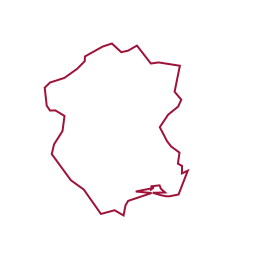 Lushnjë, Fier, Albania, rotated 236°
{"feature_id": "67620474B73435711419495", "entity_name": "Lushnjë", "entity_type": "district", "adm_level": 2, "iso_a3": "ALB", "parent_name": "Albania", "parent_adm1": "Fier", "projection": "mercator", "projection_center": [19.57, 40.906], "detail": "fine", "context": "isolated", "style": "outline", "palette": "rose", "viewbox_px": 256, "rotation_deg": 236, "n_neighbors": 0, "source": "geoboundaries", "source_scale": "gbopen_adm2", "svg_char_len": 892}
<svg xmlns="http://www.w3.org/2000/svg" viewBox="0 0 256 256"><g transform="rotate(236 128 128)"><path d="M58.0,75.4L65.3,82.7L67.5,87.4L60.9,111.2L71.0,98.9L64.9,113.5L64.1,112.8L64.1,115.0L64.3,115.4L64.7,115.3L64.8,115.0L65.0,114.9L65.3,114.7L65.6,114.7L65.8,114.7L66.2,114.6L66.6,114.5L67.0,114.1L62.8,122.1L59.2,121.3L53.8,122.7L60.5,112.2L53.7,117.9L50.3,121.2L48.4,123.8L44.6,132.7L59.2,153.7L60.2,147.3L66.4,151.6L70.5,149.4L78.8,156.9L88.6,153.4L95.3,153.0L110.9,154.8L116.6,168.7L117.7,181.5L121.7,188.0L132.0,186.9L150.6,205.8L165.2,190.1L168.7,183.0L191.3,181.5L192.1,171.2L194.6,164.8L207.0,161.9L208.1,158.2L209.7,152.4L211.4,132.3L207.6,129.5L205.5,118.9L205.1,103.3L209.3,88.8L208.0,81.5L192.0,73.1L186.1,73.1L183.2,77.6L173.5,82.1L162.1,72.0L155.8,57.5L149.0,50.2L116.6,51.4L101.8,56.9L71.9,57.5L67.3,70.9L58.0,75.4Z" fill="none" stroke="#9f1239" stroke-width="2"/></g></svg>